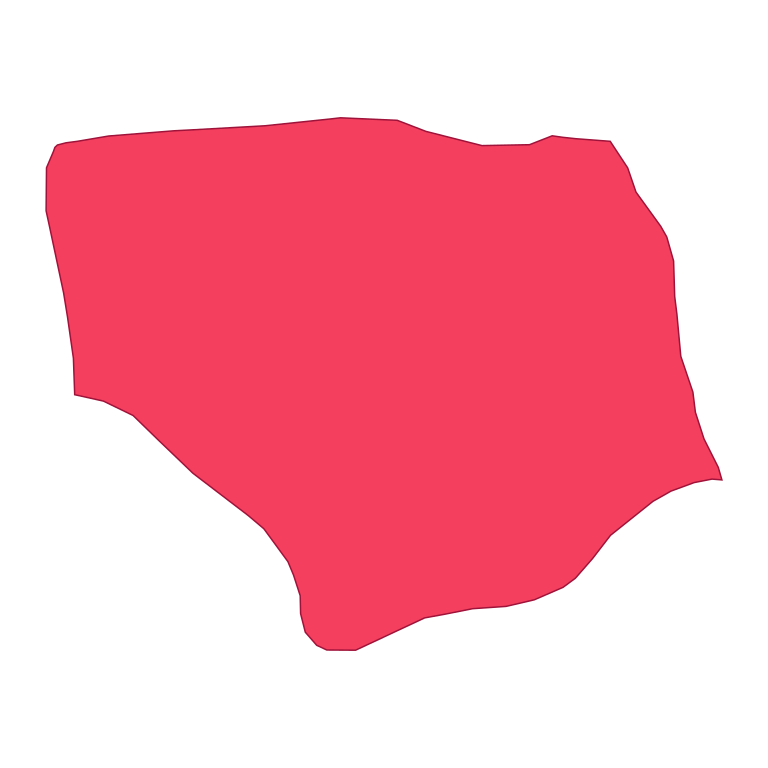 Chinique, Quiché, Guatemala (Albers equal-area conic projection)
{"feature_id": "79465075B24163547134196", "entity_name": "Chinique", "entity_type": "district", "adm_level": 2, "iso_a3": "GTM", "parent_name": "Guatemala", "parent_adm1": "Quiché", "projection": "albers", "projection_center": [-91.02, 15.068], "detail": "fine", "context": "isolated", "style": "filled", "palette": "rose", "viewbox_px": 768, "rotation_deg": 0, "n_neighbors": 0, "source": "geoboundaries", "source_scale": "gbopen_adm2", "svg_char_len": 924}
<svg xmlns="http://www.w3.org/2000/svg" viewBox="0 0 768 768"><path d="M721.9,479.9L718.3,467.4L704.0,438.9L695.4,412.3L692.9,392.1L680.8,356.3L676.9,314.1L674.7,296.5L673.6,261.0L666.8,237.0L660.8,226.4L636.0,192.1L627.7,167.9L610.2,141.3L575.8,138.7L562.8,137.3L552.2,135.8L529.5,144.7L482.0,145.6L426.0,131.4L397.2,120.3L340.5,117.8L330.0,119.0L264.5,125.8L187.4,130.1L173.7,130.8L108.7,136.0L77.4,141.3L66.0,142.8L57.4,145.0L54.9,147.4L53.3,151.8L46.5,167.8L46.1,210.8L49.4,226.0L63.6,292.9L67.5,316.9L73.4,358.2L74.7,394.7L103.4,401.1L133.1,415.5L159.1,440.8L193.0,473.3L248.3,515.6L263.9,528.8L287.9,561.6L293.5,575.0L300.2,595.7L300.6,613.6L305.3,632.2L316.7,645.3L326.8,650.0L355.6,650.2L424.6,617.9L444.4,614.3L472.6,608.7L506.1,606.4L534.3,599.8L563.1,587.3L575.4,578.2L592.6,558.5L610.5,535.3L653.0,501.3L671.0,491.1L694.1,482.6L712.0,479.1L721.9,479.9Z" fill="#f43f5e" stroke="#9f1239" stroke-width="1.5"/></svg>